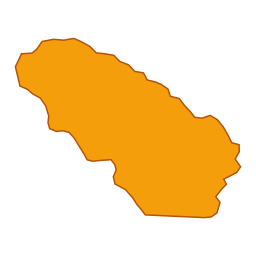 the district of Santa Rosa de Lima, Sergipe, Brazil
{"feature_id": "56859067B31979699807440", "entity_name": "Santa Rosa de Lima", "entity_type": "district", "adm_level": 2, "iso_a3": "BRA", "parent_name": "Brazil", "parent_adm1": "Sergipe", "projection": "orthographic", "projection_center": [-37.236, -10.632], "detail": "fine", "context": "isolated", "style": "filled", "palette": "amber", "viewbox_px": 256, "rotation_deg": 0, "n_neighbors": 0, "source": "geoboundaries", "source_scale": "gbopen_adm2", "svg_char_len": 966}
<svg xmlns="http://www.w3.org/2000/svg" viewBox="0 0 256 256"><path d="M190.4,111.7L184.4,105.4L179.2,98.5L170.4,96.3L168.0,89.1L161.0,84.3L155.5,82.0L147.1,79.9L143.5,72.9L134.7,71.4L128.6,64.9L119.9,61.5L113.7,55.3L104.4,53.7L96.3,52.9L89.6,46.2L80.8,41.5L73.9,38.4L63.6,40.2L53.6,39.3L42.0,41.5L36.8,49.2L32.0,53.1L21.5,53.8L15.4,66.7L20.0,86.1L27.2,89.2L32.6,93.8L40.3,98.1L45.7,105.8L48.7,115.8L48.0,122.8L49.7,128.6L56.3,131.4L62.7,130.8L68.9,132.3L73.9,137.6L79.9,147.4L84.5,154.8L87.1,159.8L92.6,161.2L102.1,160.3L111.0,159.7L114.7,164.4L116.2,169.9L113.3,176.7L115.0,184.0L125.5,189.6L132.8,198.0L136.9,204.4L141.1,209.4L145.3,214.9L204.5,217.6L211.3,216.9L216.9,213.0L220.0,202.5L215.8,196.6L221.5,189.3L226.4,184.3L223.7,179.1L229.8,176.1L236.7,172.4L240.6,166.8L235.2,159.1L239.3,151.6L239.1,144.7L231.8,142.8L228.1,135.4L223.3,127.0L217.3,119.6L210.1,115.4L202.0,118.2L194.6,117.2L190.4,111.7Z" fill="#f59e0b" stroke="#b45309" stroke-width="1.5"/></svg>